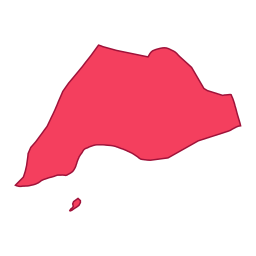 outline of Ar Ryashyyah, Al Bayda', Yemen
{"feature_id": "15242507B53614769353350", "entity_name": "Ar Ryashyyah", "entity_type": "district", "adm_level": 2, "iso_a3": "YEM", "parent_name": "Yemen", "parent_adm1": "Al Bayda'", "projection": "orthographic", "projection_center": [44.764, 14.23], "detail": "fine", "context": "isolated", "style": "filled", "palette": "rose", "viewbox_px": 256, "rotation_deg": 0, "n_neighbors": 0, "source": "geoboundaries", "source_scale": "gbopen_adm2", "svg_char_len": 2994}
<svg xmlns="http://www.w3.org/2000/svg" viewBox="0 0 256 256"><path d="M15.4,185.2L16.4,185.7L17.6,186.0L18.8,186.3L19.8,186.4L21.0,186.4L22.1,186.2L23.3,186.1L24.4,186.1L25.6,186.0L26.7,186.0L28.0,185.9L29.2,185.7L30.5,185.4L31.7,185.1L32.8,184.9L33.9,184.6L34.9,184.3L36.0,183.9L37.0,183.4L38.4,182.8L39.3,182.1L40.4,181.4L41.3,180.6L42.4,180.1L43.9,179.4L45.0,179.1L46.4,178.6L47.6,178.2L48.7,177.8L49.7,177.5L51.1,177.2L52.2,176.9L53.2,176.6L54.2,176.3L55.2,175.9L56.6,175.4L57.6,175.1L58.8,175.1L59.9,175.1L61.0,175.1L62.2,175.0L63.4,175.1L64.6,175.2L65.7,175.4L67.1,175.0L68.0,174.4L69.2,173.8L70.4,173.1L71.6,172.3L72.5,171.6L73.3,170.7L73.9,169.8L74.5,168.8L75.0,167.9L75.3,167.3L75.8,166.1L76.2,164.7L76.7,163.4L77.0,162.2L77.4,161.1L77.8,160.0L78.3,158.8L78.8,157.8L79.2,156.6L79.9,155.7L80.5,154.6L81.3,153.7L81.9,152.8L82.5,151.8L83.0,150.9L83.2,150.6L83.6,150.0L84.4,149.2L85.5,148.5L86.6,148.1L87.6,147.8L88.6,147.2L89.5,146.8L90.6,146.4L91.8,146.0L92.9,145.6L93.9,145.3L95.2,145.0L96.7,144.8L97.4,144.8L98.4,144.8L99.9,144.8L101.0,144.8L102.0,144.8L103.2,144.8L104.5,144.9L106.0,145.1L107.3,145.2L108.3,145.3L110.9,145.5L112.9,145.8L115.5,146.4L116.0,146.6L116.4,146.8L117.8,147.2L118.7,147.6L119.8,148.0L120.3,148.2L121.0,148.5L122.7,149.0L123.5,149.3L124.4,149.7L125.2,150.0L126.1,150.4L126.6,150.6L127.5,151.1L128.4,151.5L128.9,151.6L129.3,151.9L131.7,153.0L133.4,154.0L135.8,155.6L137.6,156.8L139.1,158.1L139.6,158.4L140.7,159.1L142.1,159.4L143.8,159.6L144.3,159.7L145.5,159.8L146.2,159.9L146.9,160.0L148.1,160.1L149.2,160.1L149.6,160.2L150.5,160.2L168.0,157.9L189.3,145.9L198.3,140.8L227.8,131.3L228.9,130.9L229.9,130.5L230.9,130.0L231.8,129.4L232.9,128.8L234.2,128.1L235.2,127.6L236.3,127.0L237.3,126.6L238.3,126.2L239.5,126.0L240.6,125.8L239.9,122.9L239.5,121.6L239.4,121.1L238.8,119.2L238.3,117.5L237.6,115.2L236.9,112.7L236.3,110.3L235.7,108.1L235.0,105.9L234.6,104.1L234.0,102.2L233.4,100.4L232.7,98.4L231.9,96.6L231.1,94.7L230.1,94.5L228.2,94.7L226.3,94.9L224.4,95.0L222.7,95.4L207.4,90.6L203.9,88.5L191.6,67.4L179.8,56.7L179.6,56.5L178.2,55.1L176.8,53.5L175.2,52.1L173.6,51.1L171.9,50.3L170.3,49.5L168.6,48.7L166.8,48.1L166.5,48.0L164.5,47.8L162.7,47.9L160.3,48.3L158.0,48.9L156.2,49.4L154.3,50.1L152.5,50.9L151.1,52.1L150.0,53.5L149.0,55.2L148.0,56.9L116.4,50.4L102.3,46.5L101.9,46.2L98.6,45.1L98.4,45.3L91.8,54.4L91.6,54.7L91.0,55.5L88.8,58.3L88.7,58.4L88.1,59.2L85.6,62.3L82.2,66.8L81.1,68.1L80.2,69.2L73.5,77.3L68.7,83.0L65.8,87.1L62.8,91.4L61.8,93.8L58.4,101.6L56.9,105.4L56.3,106.7L54.9,110.0L52.9,114.3L51.2,117.7L49.8,120.8L49.5,121.3L49.4,121.6L47.1,126.4L44.1,130.4L42.9,132.1L39.2,137.1L35.9,141.6L33.1,144.8L30.8,147.4L28.1,153.6L27.9,156.1L26.6,165.5L25.3,171.2L23.8,175.9L23.3,177.2L15.4,185.2ZM70.5,210.8L71.8,210.3L74.2,208.6L75.6,207.7L76.3,207.3L78.9,205.4L80.4,202.6L80.4,200.6L79.1,199.4L78.0,198.4L73.6,201.6L72.7,203.9L73.3,206.3L72.4,207.8L71.0,208.8L69.8,210.5L70.1,210.9L70.5,210.8Z" fill="#f43f5e" stroke="#9f1239" stroke-width="1.5"/></svg>